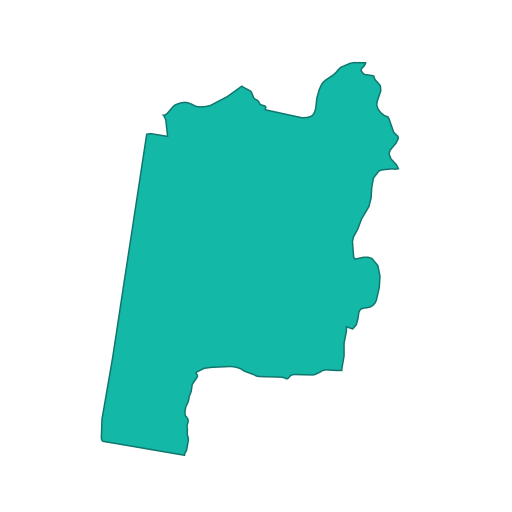 an SVG outline of Plateaux, rotated 189°
{"feature_id": "TGO-86", "entity_name": "Plateaux", "entity_type": "Region", "adm_level": 1, "iso_a3": "TGO", "parent_name": "Togo", "parent_adm1": "", "projection": "albers", "projection_center": [0.996, 7.453], "detail": "fine", "context": "isolated", "style": "filled", "palette": "teal", "viewbox_px": 512, "rotation_deg": 189, "n_neighbors": 0, "source": "natural_earth", "source_scale": "10m", "svg_char_len": 2721}
<svg xmlns="http://www.w3.org/2000/svg" viewBox="0 0 512 512"><g transform="rotate(189 256 256)"><path d="M155.6,200.2L154.9,195.8L155.4,183.9L153.4,171.0L153.6,157.5L153.4,156.4L158.0,155.6L169.2,154.5L172.7,153.1L174.0,151.8L175.7,150.5L179.2,148.2L181.3,147.4L199.2,145.0L201.5,144.4L202.4,143.8L203.2,143.2L205.5,139.8L206.6,139.5L207.7,139.7L208.8,140.2L212.0,140.3L233.6,137.5L236.8,137.5L239.3,138.4L248.8,140.3L250.6,140.9L252.9,142.0L256.2,142.8L259.8,143.1L263.9,142.9L282.8,139.0L289.5,137.0L296.3,132.2L296.6,132.0L296.7,131.7L296.9,131.0L295.7,129.6L295.1,128.7L295.0,127.6L295.4,126.6L298.4,120.3L298.8,119.1L298.9,117.8L298.8,112.2L299.9,107.2L300.0,102.8L300.5,100.2L301.6,96.5L301.8,95.2L301.8,90.7L301.6,89.4L301.2,88.2L300.7,87.2L299.0,85.7L298.3,84.9L297.7,84.0L297.3,82.9L297.1,81.7L297.6,77.9L297.4,76.7L296.7,74.3L296.5,73.0L296.2,70.2L296.0,69.0L294.5,65.8L294.2,64.6L294.0,63.3L294.2,53.5L294.4,52.4L295.4,50.4L295.5,49.4L295.4,48.0L377.7,49.0L379.0,49.4L380.2,51.5L382.6,70.9L382.2,96.8L381.7,132.9L381.9,168.7L382.2,213.6L382.2,217.6L382.3,237.0L382.4,259.3L382.6,293.1L382.8,325.9L383.0,359.2L378.9,360.4L362.0,360.3L366.4,376.4L368.9,380.1L369.3,380.4L369.2,380.4L368.2,380.9L366.2,382.6L361.6,390.0L360.3,391.8L358.9,393.0L354.8,395.2L351.0,396.5L349.6,396.7L346.9,396.6L344.1,396.1L339.1,394.5L337.0,394.3L334.3,394.6L329.2,395.7L324.8,397.4L309.3,408.9L296.6,421.5L294.7,420.6L287.6,418.2L286.6,417.5L285.9,416.7L283.2,412.2L282.9,411.8L282.4,411.3L281.0,410.6L279.8,410.3L278.7,409.8L277.8,409.1L277.1,408.3L276.5,407.4L275.8,406.6L274.8,406.1L270.8,405.6L269.9,405.1L269.5,404.3L270.0,402.7L269.6,402.1L268.5,401.8L231.9,399.7L227.6,400.7L225.3,401.6L223.2,402.7L222.2,403.8L221.3,405.3L220.5,408.0L220.1,410.7L220.6,421.5L219.6,430.2L218.2,435.2L217.2,437.5L216.1,439.0L214.5,440.9L207.9,447.0L205.8,449.6L203.5,453.4L202.1,455.2L201.2,456.0L193.4,460.9L189.6,462.3L180.6,463.6L178.0,464.0L178.1,462.6L179.5,459.7L181.1,457.6L181.2,455.5L178.3,452.7L176.3,452.2L170.0,452.4L167.9,452.2L165.9,448.6L162.8,446.3L159.8,443.6L158.6,438.8L160.5,427.4L160.3,423.8L158.4,420.1L155.1,417.0L151.2,414.8L147.4,414.0L145.9,412.0L139.4,399.8L136.6,397.7L134.5,396.4L133.8,394.3L135.3,389.5L140.0,381.6L140.6,377.8L137.9,373.0L131.5,368.0L129.0,364.5L132.2,363.5L135.5,363.3L145.0,360.8L147.9,359.2L152.2,351.4L152.4,341.6L151.4,331.4L152.2,322.5L157.6,309.0L159.7,298.5L162.7,290.2L163.0,285.3L159.4,270.4L157.9,268.4L149.7,271.5L145.2,272.3L141.1,271.7L134.1,265.5L130.4,255.5L129.3,244.3L130.2,231.2L131.0,228.4L132.4,226.0L134.7,223.8L137.6,222.5L141.2,221.5L144.3,219.9L145.6,216.9L145.5,210.7L146.2,203.7L149.1,199.1L155.6,200.2Z" fill="#14b8a6" stroke="#0f766e" stroke-width="1.5"/></g></svg>